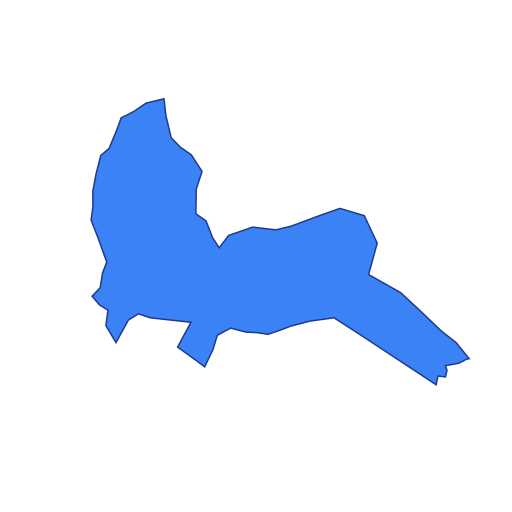 Agios Isidoros, Paphos, Cyprus, rotated 71°
{"feature_id": "46923920B47952504764037", "entity_name": "Agios Isidoros", "entity_type": "district", "adm_level": 2, "iso_a3": "CYP", "parent_name": "Cyprus", "parent_adm1": "Paphos", "projection": "mercator", "projection_center": [32.473, 35.009], "detail": "fine", "context": "isolated", "style": "filled", "palette": "blue", "viewbox_px": 512, "rotation_deg": 71, "n_neighbors": 0, "source": "geoboundaries", "source_scale": "gbopen_adm2", "svg_char_len": 1023}
<svg xmlns="http://www.w3.org/2000/svg" viewBox="0 0 512 512"><g transform="rotate(71 256 256)"><path d="M422.5,87.9L403.0,95.0L387.3,105.2L360.9,118.8L337.7,131.2L310.2,155.6L283.3,137.2L253.1,140.5L238.3,161.2L238.5,183.9L239.2,213.3L237.7,228.9L227.6,249.7L227.6,275.1L236.3,288.2L224.3,291.1L206.6,291.8L196.5,299.1L173.3,290.7L158.5,279.5L139.3,284.2L128.4,292.2L116.5,297.7L94.1,295.5L77.4,291.8L75.6,310.0L79.6,324.6L81.4,338.4L91.2,346.4L106.4,359.8L110.4,370.0L126.3,380.5L141.8,389.3L156.0,394.0L168.3,400.2L189.2,399.4L213.1,399.1L222.2,406.7L235.2,413.6L240.7,424.1L251.3,419.9L259.0,413.6L272.9,420.6L292.3,416.6L275.0,397.5L272.4,386.1L280.1,375.9L297.5,339.1L316.6,359.8L334.0,347.5L344.1,340.6L330.4,327.1L318.4,318.4L315.9,303.5L324.6,290.4L328.9,279.8L334.0,270.0L334.0,256.9L333.6,246.0L335.1,226.4L339.8,202.4L360.1,186.4L436.4,127.6L436.0,127.3L428.7,123.1L430.3,119.7L432.0,116.3L426.3,112.6L421.4,112.6L423.4,99.1L422.1,90.4L422.5,87.9Z" fill="#3b82f6" stroke="#1e3a8a" stroke-width="1.5"/></g></svg>